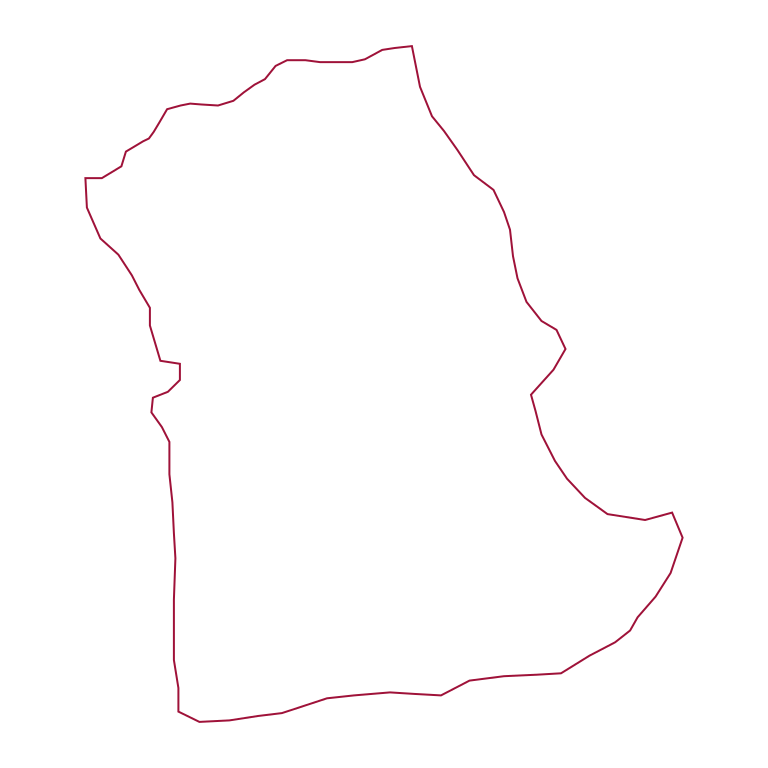 the district of Agios Theodoros Ammochostou, Cyprus
{"feature_id": "46923920B90190427209928", "entity_name": "Agios Theodoros Ammochostou", "entity_type": "district", "adm_level": 2, "iso_a3": "CYP", "parent_name": "Cyprus", "parent_adm1": "", "projection": "robinson", "projection_center": [34.038, 35.355], "detail": "fine", "context": "isolated", "style": "outline", "palette": "rose", "viewbox_px": 768, "rotation_deg": 0, "n_neighbors": 0, "source": "geoboundaries", "source_scale": "gbopen_adm2", "svg_char_len": 1274}
<svg xmlns="http://www.w3.org/2000/svg" viewBox="0 0 768 768"><path d="M85.4,178.1L86.9,207.6L100.4,238.5L118.4,254.7L131.9,275.4L139.4,290.1L149.9,307.8L149.9,325.5L160.4,360.8L179.9,363.8L179.9,380.0L167.9,391.8L152.9,397.7L151.4,412.4L161.9,427.1L169.4,441.9L169.4,474.3L172.4,502.3L173.9,533.2L175.4,558.3L173.9,599.6L173.9,630.5L173.9,660.0L178.4,688.0L178.4,711.6L199.4,721.9L229.4,720.4L257.9,716.0L281.9,713.1L304.5,705.7L327.0,698.3L354.0,695.4L390.0,692.4L414.0,693.9L441.0,695.4L469.5,680.6L504.0,676.2L537.0,674.7L561.0,673.3L589.6,655.6L615.1,642.3L630.1,630.5L637.6,617.3L655.6,596.6L670.6,573.0L682.6,537.7L672.1,512.6L645.1,520.0L607.5,514.1L585.0,497.9L567.0,478.7L555.0,461.0L541.5,434.5L535.5,410.9L531.0,394.7L553.5,369.7L565.5,349.0L556.5,329.9L541.5,321.0L526.5,301.9L517.5,278.3L513.0,256.2L510.0,229.7L504.0,212.0L493.5,189.9L474.0,175.2L457.5,150.1L444.0,131.0L432.0,116.3L420.0,86.8L411.9,46.1L394.7,48.0L382.2,49.9L364.9,59.3L352.4,62.1L335.1,62.1L319.8,62.1L305.4,60.2L287.1,60.2L275.6,65.9L265.0,79.1L254.5,84.7L243.9,92.3L233.4,100.8L218.0,105.5L201.7,104.5L190.2,103.6L180.6,105.5L167.1,109.2L159.4,122.4L153.7,131.9L148.9,138.5L143.1,141.3L125.9,151.6L121.4,166.3L101.9,178.1L85.4,178.1Z" fill="none" stroke="#9f1239" stroke-width="2"/></svg>